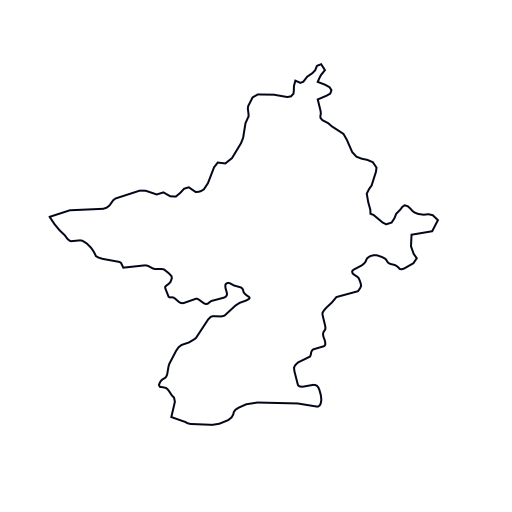 outline of Osjecko-Baranjska, rotated 342°
{"feature_id": "HRV-1603", "entity_name": "Osjecko-Baranjska", "entity_type": "County", "adm_level": 1, "iso_a3": "HRV", "parent_name": "Croatia", "parent_adm1": "", "projection": "mercator", "projection_center": [18.514, 45.561], "detail": "fine", "context": "isolated", "style": "outline", "palette": "ink", "viewbox_px": 512, "rotation_deg": 342, "n_neighbors": 0, "source": "natural_earth", "source_scale": "10m", "svg_char_len": 4157}
<svg xmlns="http://www.w3.org/2000/svg" viewBox="0 0 512 512"><g transform="rotate(342 256 256)"><path d="M353.0,105.0L354.8,104.9L360.1,101.3L366.2,99.5L369.7,97.6L372.7,94.0L377.2,93.7L379.0,100.5L373.7,104.0L371.3,106.3L368.5,109.5L374.8,114.6L378.1,118.2L379.0,121.6L376.8,124.5L372.9,125.3L363.1,126.2L362.2,138.3L361.6,140.8L360.5,142.7L360.0,144.6L361.1,147.3L365.8,152.1L368.0,155.9L376.9,166.9L378.3,173.6L379.6,186.9L382.2,192.6L386.4,196.0L391.6,199.0L396.1,202.9L397.9,209.2L396.1,213.0L387.7,224.7L384.3,227.2L380.6,230.9L379.4,239.2L379.0,247.4L377.9,251.2L380.5,253.3L386.7,263.2L389.6,266.1L395.3,266.1L399.3,262.9L402.4,259.2L407.7,256.4L410.3,254.5L413.1,253.7L415.9,255.8L417.8,259.3L418.7,261.5L420.1,263.5L423.2,266.1L428.3,268.6L432.8,269.5L436.7,271.8L440.1,278.1L431.2,286.9L413.0,284.2L410.5,283.8L406.4,294.7L406.6,302.7L408.2,307.8L403.5,311.5L393.0,313.7L390.2,313.6L388.7,312.7L388.3,311.8L387.8,310.8L387.3,309.9L385.8,308.0L384.8,307.2L381.4,305.1L380.4,304.2L379.7,303.3L379.2,302.2L378.7,300.1L378.4,299.1L377.3,297.7L375.5,295.9L371.4,292.8L368.6,291.7L364.9,291.4L363.0,291.8L361.3,292.4L360.1,293.3L358.4,295.3L356.5,296.5L353.7,297.6L345.0,299.1L343.3,299.7L342.6,300.6L342.5,301.7L342.6,302.7L343.4,303.9L345.7,306.8L346.3,307.7L346.8,308.7L347.1,311.8L347.1,314.4L346.7,317.0L344.8,319.0L342.1,321.0L319.8,319.9L313.9,323.6L306.7,327.0L303.6,328.9L301.7,330.6L301.2,332.0L301.0,333.6L300.2,343.9L299.8,346.0L299.0,347.4L296.9,349.0L296.2,349.9L295.6,351.0L295.3,352.5L295.2,354.2L295.3,356.3L295.3,358.5L294.7,361.3L293.8,362.4L292.6,362.8L281.6,362.5L279.9,363.3L278.6,364.8L277.8,366.5L276.4,368.3L263.2,370.2L259.8,371.8L257.7,373.8L257.2,376.0L256.9,377.7L256.1,390.2L256.1,392.0L256.4,392.6L257.1,393.4L258.5,394.2L260.2,394.8L270.4,396.2L272.3,396.9L273.8,398.2L274.6,400.0L274.9,402.6L274.7,408.0L274.2,410.7L273.6,413.2L272.0,416.2L270.6,417.7L268.9,418.3L267.7,418.2L265.4,417.0L250.0,409.1L212.1,395.8L200.9,394.0L192.6,394.9L188.9,395.9L186.7,397.5L185.3,399.8L182.8,402.0L178.8,403.5L169.3,404.2L162.3,403.1L141.8,395.5L139.2,393.9L138.2,392.9L137.9,392.4L137.7,392.2L125.7,383.0L133.8,369.6L134.3,365.3L133.5,363.9L132.7,362.0L131.8,358.5L131.1,356.3L130.3,354.7L129.5,353.6L126.8,352.0L124.3,350.9L123.9,349.6L123.9,348.5L124.6,347.7L125.4,346.8L126.2,346.0L127.2,345.3L128.3,344.7L129.5,344.3L131.7,343.9L133.3,343.0L134.9,341.2L138.8,333.8L140.2,331.8L150.7,321.5L154.1,318.9L157.7,317.6L165.5,317.5L171.7,316.1L173.6,315.4L190.8,301.6L194.1,299.9L196.4,299.9L204.1,302.7L207.2,303.0L207.8,302.9L221.1,296.8L226.0,295.5L232.8,295.3L236.0,294.7L236.9,294.0L236.9,293.1L234.7,290.2L233.7,288.5L233.0,286.6L233.2,284.0L232.8,282.5L231.9,281.2L225.9,277.2L222.8,273.9L221.6,273.1L220.4,272.9L219.4,273.0L218.7,273.3L218.0,273.9L217.6,275.0L217.1,276.9L216.9,281.7L216.7,283.1L216.0,284.4L214.6,285.4L212.6,285.7L199.8,285.0L198.1,285.4L195.5,286.4L194.1,286.4L192.9,285.8L191.7,284.7L188.3,280.0L187.4,279.0L186.7,278.4L185.8,278.1L172.8,278.4L171.3,278.1L169.8,277.3L168.5,275.9L165.8,271.4L164.7,270.1L163.4,269.3L162.1,269.0L161.2,268.7L160.3,267.8L159.8,259.9L159.8,258.3L160.1,257.3L160.7,256.8L164.9,255.3L166.8,254.1L169.1,251.1L169.4,249.1L168.4,246.8L167.3,244.8L164.4,240.4L162.0,239.1L156.2,237.3L154.3,236.2L150.7,232.5L149.2,231.3L147.2,230.5L126.2,226.1L125.5,220.9L125.0,220.2L124.2,219.4L109.2,211.3L105.7,208.8L103.7,206.6L103.3,203.3L102.7,200.6L101.7,197.3L99.1,192.1L97.0,189.4L95.1,187.5L93.3,186.7L84.7,184.8L83.4,183.8L81.9,181.3L80.6,177.3L77.1,170.8L74.2,163.5L71.9,155.3L71.9,155.0L93.1,155.0L125.3,163.9L128.9,163.9L132.2,162.7L137.5,158.8L140.2,157.9L165.5,157.9L171.2,159.8L180.6,166.8L187.6,166.9L192.9,172.7L198.1,174.7L203.4,172.6L208.4,169.8L213.3,169.9L218.4,176.5L218.5,176.5L220.6,177.1L222.6,177.3L224.7,177.1L227.0,176.5L232.8,171.9L243.5,158.7L248.5,155.3L255.4,158.5L263.4,155.5L276.6,144.1L280.3,139.6L287.0,126.5L291.6,121.4L292.0,121.2L292.8,118.5L293.8,113.2L294.9,111.0L301.8,104.1L307.6,102.9L322.8,108.1L334.9,114.5L338.6,115.0L341.8,113.2L343.2,110.1L344.6,106.1L347.6,101.4L351.6,105.0L353.0,105.0Z" fill="none" stroke="#020617" stroke-width="2"/></g></svg>